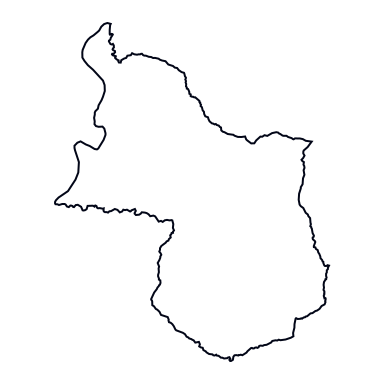 San Juan De Rio Seco, Cundinamarca, Colombia (orthographic projection)
{"feature_id": "7082276B56983029747572", "entity_name": "San Juan De Rio Seco", "entity_type": "district", "adm_level": 2, "iso_a3": "COL", "parent_name": "Colombia", "parent_adm1": "Cundinamarca", "projection": "orthographic", "projection_center": [-74.668, 4.851], "detail": "fine", "context": "isolated", "style": "outline", "palette": "ink", "viewbox_px": 384, "rotation_deg": 0, "n_neighbors": 0, "source": "geoboundaries", "source_scale": "gbopen_adm2", "svg_char_len": 5954}
<svg xmlns="http://www.w3.org/2000/svg" viewBox="0 0 384 384"><path d="M293.4,336.3L293.1,333.0L294.4,327.7L294.5,324.1L295.6,318.7L296.1,318.2L297.7,319.0L300.4,318.8L301.2,318.3L302.0,318.7L303.6,317.5L305.1,317.2L305.5,316.6L307.2,316.2L310.5,313.4L312.5,313.1L315.4,311.0L317.0,310.6L319.5,308.9L321.6,306.0L324.6,304.4L325.5,302.0L325.1,301.1L325.6,299.8L325.6,298.3L325.0,297.9L324.4,298.2L323.8,296.1L323.8,295.3L324.3,294.6L324.1,293.7L324.5,293.0L324.2,292.1L324.4,291.3L323.5,289.9L324.0,287.6L323.6,284.9L324.0,282.0L325.5,279.6L325.9,279.4L325.7,279.1L326.1,278.9L326.6,277.4L326.1,276.1L326.1,273.7L326.8,272.4L326.8,270.3L327.9,269.1L327.9,267.8L329.0,265.6L327.5,265.2L326.7,265.9L325.5,266.0L324.8,265.9L324.3,265.4L323.4,263.2L323.3,261.8L322.6,261.5L322.1,260.0L320.5,258.2L320.3,256.4L319.2,253.7L318.3,252.5L317.7,250.1L315.9,248.9L315.4,247.4L313.9,247.1L313.8,246.1L315.3,242.0L314.9,241.1L312.9,239.3L312.6,238.1L312.7,237.5L313.7,236.7L313.9,235.6L312.6,233.1L311.8,228.5L311.3,227.9L311.2,227.0L310.3,226.2L310.9,224.1L310.5,222.8L310.1,218.1L308.4,216.2L307.8,214.5L305.7,212.8L303.3,208.0L300.8,206.2L299.6,204.6L298.7,199.8L299.1,193.7L300.8,188.4L300.8,187.2L302.6,184.2L303.0,178.4L304.4,174.8L303.6,170.2L304.5,167.9L304.2,165.9L303.5,164.7L303.9,162.1L302.3,161.0L301.5,159.8L303.1,158.1L304.5,155.6L303.3,153.5L303.3,151.8L303.7,150.5L307.6,147.1L311.7,141.6L305.8,140.8L302.8,139.1L300.0,138.5L295.0,138.4L293.6,139.3L292.9,139.1L291.6,138.1L288.1,137.0L286.5,135.8L283.4,135.8L282.4,135.5L280.3,134.0L279.3,133.7L278.2,132.6L276.3,132.2L272.1,133.1L267.3,135.9L264.5,135.2L262.3,136.7L260.4,136.6L256.2,140.4L254.3,143.3L251.2,143.4L247.1,140.3L246.2,139.4L245.1,136.5L241.4,137.0L237.8,136.9L234.5,135.7L233.4,134.8L227.7,134.0L224.5,132.2L222.8,131.7L221.3,130.4L221.0,127.5L219.8,126.9L218.8,125.6L216.8,125.0L215.8,124.0L214.6,124.4L213.2,123.6L212.0,123.4L209.6,121.4L208.5,119.2L208.0,117.3L205.3,116.3L204.2,114.0L203.9,111.7L202.7,110.4L201.9,107.2L200.6,106.0L201.0,104.6L200.1,103.5L200.2,102.5L199.4,102.0L199.4,100.9L195.2,97.3L194.2,97.4L193.0,96.7L192.2,96.8L190.7,96.2L190.7,94.4L189.4,93.8L189.2,91.6L188.1,89.1L186.8,88.6L186.8,87.4L186.0,86.4L186.2,84.0L185.6,82.4L186.0,81.1L185.3,79.4L185.8,78.5L185.9,77.6L185.0,76.4L184.3,73.5L184.0,72.8L181.6,72.1L178.8,70.2L177.1,68.0L174.8,67.6L173.0,66.0L168.3,64.5L165.5,61.2L162.0,60.5L159.9,59.7L158.6,58.7L155.0,57.9L153.1,58.0L151.1,57.0L148.8,56.8L146.0,55.7L144.2,55.6L143.1,55.1L142.0,53.8L141.1,53.8L140.0,54.4L138.8,54.3L137.0,54.7L134.3,54.3L132.1,53.2L130.8,55.2L127.4,55.7L126.2,57.9L124.2,58.5L121.3,60.2L120.7,62.6L118.9,62.5L118.3,61.3L118.6,60.4L116.8,59.5L115.2,58.1L115.1,57.4L115.8,56.7L115.8,56.2L113.0,55.4L112.0,54.5L112.2,53.8L113.8,53.7L115.1,52.2L114.9,51.0L113.2,50.2L112.6,49.5L112.9,48.5L113.9,47.5L113.8,45.4L112.9,43.9L111.9,44.5L110.5,44.1L108.9,41.4L109.0,40.6L110.3,39.7L110.8,37.8L112.8,34.6L112.5,34.1L111.4,33.9L110.1,34.7L109.7,34.1L109.7,30.0L110.1,25.3L110.7,23.9L107.2,23.0L104.1,24.1L101.3,26.7L99.2,30.5L97.7,31.9L93.5,35.4L90.4,37.3L88.0,39.6L85.6,43.0L82.7,49.8L82.3,52.2L82.4,57.6L84.5,61.0L87.9,65.2L93.0,69.7L103.0,80.6L104.6,85.1L104.8,91.0L103.0,96.7L101.5,100.3L98.6,105.3L97.9,108.7L95.4,111.2L94.8,112.5L94.8,114.5L94.1,117.9L94.7,121.3L94.5,124.2L96.0,126.1L98.6,126.8L102.5,126.6L104.3,128.6L105.5,133.2L105.5,134.9L103.6,139.9L98.3,148.5L97.0,149.4L94.6,149.0L89.7,146.0L85.9,144.5L80.6,141.4L77.4,142.7L74.5,145.7L74.5,148.0L75.0,150.2L78.9,162.1L78.3,172.5L75.5,179.6L68.0,191.1L58.6,197.5L56.0,200.2L55.1,201.8L55.0,203.2L55.5,204.2L57.5,204.3L59.0,205.0L62.2,204.0L64.7,204.0L65.7,204.6L66.9,206.5L68.8,207.1L70.3,205.6L70.9,205.5L72.5,206.0L73.2,207.0L74.0,207.1L75.7,205.1L77.8,204.8L81.1,206.8L82.6,210.3L83.5,210.5L85.0,210.2L86.6,209.2L87.6,205.9L92.9,205.7L94.5,206.6L95.0,205.6L95.5,205.5L96.5,206.1L97.0,207.6L98.0,208.3L99.8,208.1L102.7,208.7L103.7,208.4L103.5,210.5L103.9,211.5L104.9,212.1L106.8,212.1L108.0,212.6L109.4,211.3L111.1,211.1L114.8,209.0L117.5,209.9L119.8,212.4L122.1,211.5L123.3,209.7L125.0,210.1L127.0,209.7L130.1,211.5L130.8,211.2L131.5,210.3L134.9,209.0L135.8,210.9L134.7,212.8L134.6,213.6L135.9,215.0L139.1,214.7L140.7,213.7L141.8,212.3L144.9,212.6L146.7,213.1L148.6,214.3L150.2,216.2L153.4,215.6L155.2,216.4L158.7,221.6L161.0,220.9L162.7,221.9L164.8,220.3L167.0,219.9L169.6,220.4L171.5,220.1L172.3,220.4L173.3,224.1L172.9,227.9L174.0,230.4L172.9,231.8L173.0,232.8L171.6,233.0L171.2,234.4L170.2,235.3L170.7,237.5L168.9,239.1L168.4,240.6L166.6,241.4L165.7,242.7L161.4,245.9L160.0,248.2L160.0,249.8L159.3,251.6L160.7,253.4L161.3,254.8L160.3,256.5L160.3,257.7L159.4,260.0L157.7,263.0L159.1,266.5L158.6,268.5L158.9,272.2L158.1,274.9L158.1,276.3L159.0,278.7L158.9,279.6L160.3,280.4L160.5,282.9L159.9,284.7L159.0,285.3L158.8,286.1L157.5,287.5L156.8,289.1L154.2,292.5L151.2,299.0L151.2,299.7L151.9,300.5L152.2,301.5L152.3,305.2L154.0,306.3L155.8,308.9L157.3,309.7L159.5,311.8L161.0,314.9L167.7,317.1L168.7,319.6L168.5,320.4L169.0,322.2L170.6,322.7L172.3,324.1L173.8,326.2L175.4,329.5L176.2,330.3L182.9,332.8L185.0,334.2L186.6,336.7L188.4,337.5L189.1,338.4L191.6,339.2L192.1,339.7L193.6,340.3L195.3,342.6L198.9,341.9L199.9,344.3L199.2,346.4L200.8,347.4L202.7,347.8L203.4,350.1L205.8,351.4L206.4,352.3L209.1,354.0L212.5,354.4L213.3,355.3L214.8,355.5L216.2,354.7L216.9,355.6L218.6,355.8L221.0,357.7L222.4,357.7L224.1,358.5L227.5,358.1L228.0,357.5L229.4,357.2L230.3,358.8L229.4,359.9L230.2,361.0L231.2,360.9L232.9,359.8L233.4,356.7L234.5,355.3L236.3,355.1L238.3,355.5L238.8,355.0L239.6,355.1L240.8,354.7L242.4,355.2L246.5,352.6L247.4,351.3L251.0,348.1L251.9,347.9L253.0,348.5L254.0,348.4L254.7,347.8L256.2,347.4L257.4,347.9L258.6,347.3L258.9,346.3L259.7,345.8L260.6,345.6L262.8,345.8L264.1,345.1L266.6,344.8L271.3,342.4L271.8,341.4L272.6,340.9L275.5,340.3L277.3,340.5L278.7,339.7L280.5,340.2L285.6,339.5L290.9,337.7L293.4,336.3Z" fill="none" stroke="#020617" stroke-width="2"/></svg>